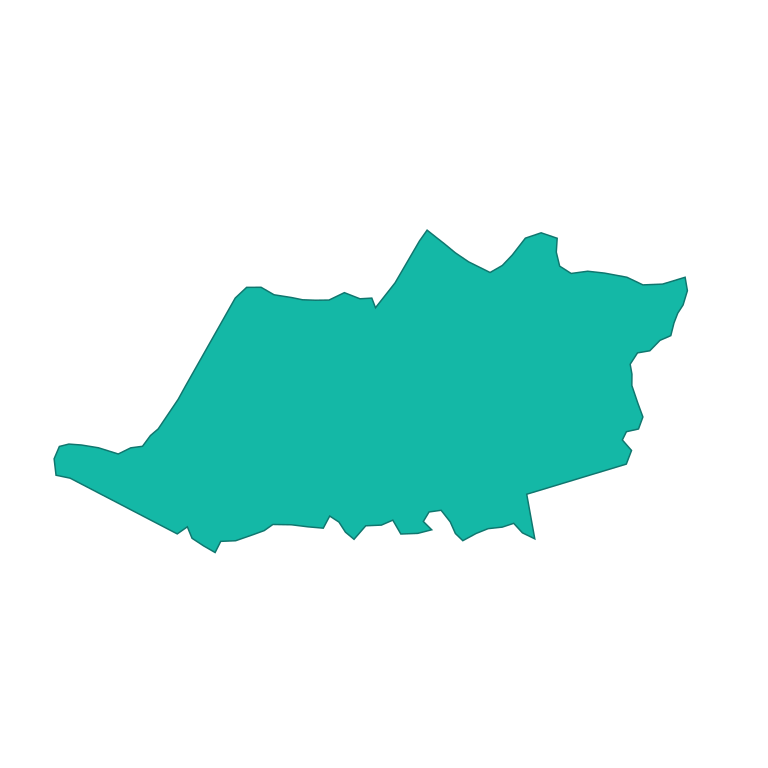 Doutor Ricardo, Rio Grande do Sul, Brazil (orthographic projection), rotated 300°
{"feature_id": "56859067B19078379689297", "entity_name": "Doutor Ricardo", "entity_type": "district", "adm_level": 2, "iso_a3": "BRA", "parent_name": "Brazil", "parent_adm1": "Rio Grande do Sul", "projection": "orthographic", "projection_center": [-51.977, -29.086], "detail": "fine", "context": "isolated", "style": "filled", "palette": "teal", "viewbox_px": 768, "rotation_deg": 300, "n_neighbors": 0, "source": "geoboundaries", "source_scale": "gbopen_adm2", "svg_char_len": 1407}
<svg xmlns="http://www.w3.org/2000/svg" viewBox="0 0 768 768"><g transform="rotate(300 384 384)"><path d="M141.0,145.6L145.5,159.2L150.8,279.9L162.0,285.1L154.4,294.9L153.6,308.8L153.6,322.0L166.1,321.3L174.1,333.9L188.0,345.9L197.2,353.6L206.8,358.0L215.8,374.2L222.3,389.6L228.8,403.5L242.5,403.0L241.9,414.0L236.4,424.7L234.5,435.7L252.1,439.1L260.5,452.3L270.5,459.7L262.5,473.6L271.5,487.9L281.6,498.2L284.6,486.8L295.7,487.0L303.2,496.6L297.7,510.3L290.2,520.6L287.7,530.6L300.6,538.5L310.8,546.5L319.2,558.0L328.2,566.0L324.3,578.3L325.3,592.0L359.9,562.7L435.8,633.9L450.2,631.6L454.7,618.4L463.9,617.8L472.3,626.9L484.9,624.7L494.4,613.3L506.6,599.4L516.5,593.8L524.2,587.3L537.7,588.0L545.7,597.6L559.8,601.2L569.3,608.2L581.9,604.6L592.2,603.0L602.0,603.5L616.5,600.1L627.0,591.4L609.8,575.3L599.3,558.7L597.9,541.0L590.3,519.5L583.5,504.0L573.3,490.8L573.9,477.2L584.3,467.3L596.8,461.1L593.5,444.5L581.0,433.5L559.8,430.6L545.8,427.2L533.6,420.1L532.1,396.1L533.3,380.0L535.6,366.3L537.2,355.1L538.8,344.4L525.6,343.2L477.1,343.0L445.8,338.5L452.3,330.5L445.8,320.6L443.3,304.0L429.2,294.4L422.3,282.8L416.2,271.3L412.7,260.8L406.3,244.2L406.3,229.2L399.0,216.7L384.1,212.2L282.5,213.1L267.9,213.4L232.2,210.9L222.6,207.5L209.3,206.0L202.1,196.6L190.5,188.8L186.0,168.6L179.9,152.5L174.4,141.1L167.6,134.1L154.3,135.7L141.0,145.6Z" fill="#14b8a6" stroke="#0f766e" stroke-width="1.5"/></g></svg>